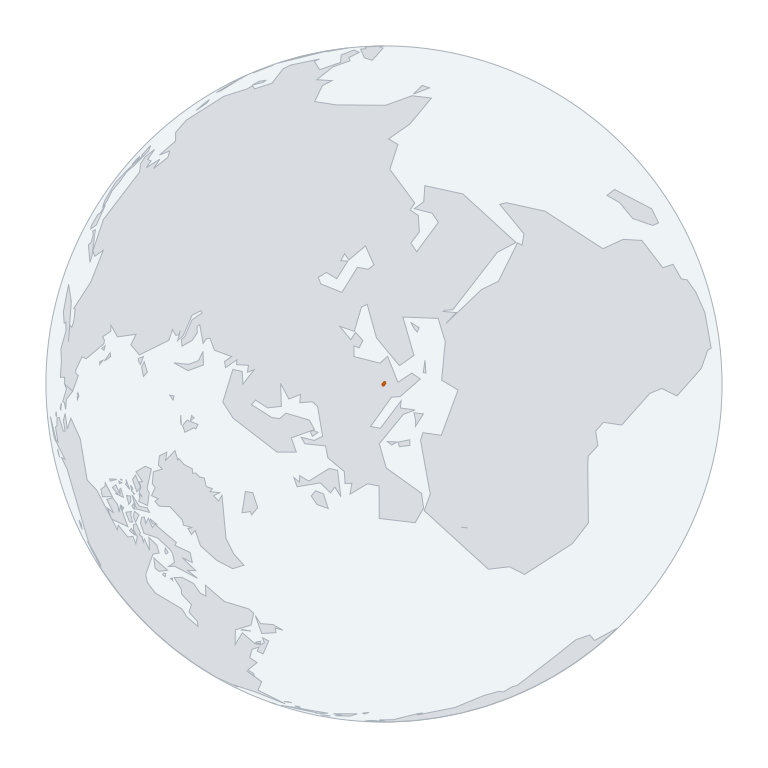 Pernik highlighted on a globe, orthographic projection, rotated 260°
{"feature_id": "BGR-2245", "entity_name": "Pernik", "entity_type": "Province", "adm_level": 1, "iso_a3": "BGR", "parent_name": "Bulgaria", "parent_adm1": "", "projection": "orthographic", "projection_center": [22.785, 42.63], "detail": "fine", "context": "on_globe", "style": "filled", "palette": "amber", "viewbox_px": 768, "rotation_deg": 260, "n_neighbors": 0, "source": "natural_earth", "source_scale": "10m", "svg_char_len": 11387}
<svg xmlns="http://www.w3.org/2000/svg" viewBox="0 0 768 768"><g transform="rotate(260 384 384)"><circle cx="384" cy="384" r="338" fill="#eef3f6" stroke="#a8b0b8"/><path d="M249.1,74.2L262.9,70.1L253.3,73.7L258.8,72.4L271.2,68.2L278.0,65.8L313.9,61.7L355.2,57.2L367.4,53.7L365.4,56.7L388.0,49.9L409.9,49.8L385.6,51.4L383.5,52.9L398.6,53.0L399.6,54.7L407.5,56.1L407.4,58.3L393.3,60.0L392.9,61.8L403.6,61.9L410.3,64.9L394.6,64.3L404.7,69.7L382.8,75.3L341.0,75.0L329.1,82.8L286.9,96.0L291.1,97.8L277.8,105.1L277.6,110.2L269.8,111.9L276.5,114.6L283.6,112.1L288.9,112.7L289.5,115.7L279.6,118.2L277.9,117.0L275.3,119.4L270.2,119.5L273.0,121.1L261.0,124.3L273.7,125.8L264.7,132.3L256.6,133.2L256.6,126.9L237.6,116.2L229.4,116.6L217.7,122.6L197.5,146.0L188.7,149.5L177.5,158.7L182.6,159.1L193.3,152.3L200.1,156.1L212.4,148.1L216.9,148.8L229.9,143.7L228.7,151.4L220.6,161.8L209.9,166.7L206.0,171.8L216.9,173.2L197.5,189.0L185.9,211.9L180.8,215.8L169.6,211.2L167.8,195.0L153.3,192.1L163.5,201.3L150.5,212.0L148.7,217.2L149.9,221.3L155.1,220.3L150.9,225.9L139.2,218.1L142.9,212.8L146.6,215.1L145.6,208.0L137.7,204.2L131.7,210.6L126.0,200.3L121.7,205.1L118.0,206.0L125.3,198.9L112.1,211.9L104.4,206.7L86.3,231.0L103.2,203.6L108.7,193.3L113.8,183.8L110.8,187.4L121.7,171.7L123.7,168.5L141.3,148.9L160.4,130.7L180.8,114.0L202.5,99.0L225.3,85.7L249.1,74.2ZM90.3,216.9L88.3,220.5L87.0,222.8L90.3,216.9ZM54.8,307.8L55.4,306.1L55.0,312.8L51.3,327.1L54.0,321.0L51.8,334.6L53.4,358.7L52.3,360.0L53.1,397.9L59.9,428.3L61.4,444.3L60.0,448.1L63.7,458.0L63.9,462.5L83.9,501.1L98.7,528.3L101.2,543.0L94.8,546.7L102.9,570.8L99.0,565.5L86.6,544.5L75.8,522.6L66.6,500.0L59.1,476.8L53.2,453.1L49.1,429.1L46.7,404.8L46.1,380.4L47.2,356.0L50.1,331.8L54.8,307.8ZM81.7,237.6L69.4,271.8L71.5,260.2L72.0,260.5L76.1,250.0L82.2,235.1L85.4,226.5L81.7,237.6ZM87.0,235.1L88.7,230.3L87.7,234.1L87.0,235.1ZM280.9,64.6L271.3,68.0L259.8,71.6L267.6,68.5L280.9,64.6ZM303.0,59.9L298.8,61.5L293.0,61.5L297.2,60.6L303.0,59.9ZM375.9,51.4L368.0,51.9L375.3,51.0L375.9,51.4ZM408.6,55.9L410.6,55.4L413.8,56.3L408.6,55.9ZM229.6,140.0L229.7,141.8L227.2,141.8L229.6,140.0ZM235.1,136.3L232.2,135.0L234.4,133.0L236.1,133.9L235.1,136.3ZM416.7,60.9L421.4,63.1L414.2,61.1L416.7,60.9ZM238.2,138.5L238.6,129.8L242.5,126.5L252.5,127.2L238.2,138.5ZM422.5,64.5L434.1,70.4L439.3,69.5L431.0,76.2L423.9,68.5L414.2,66.0L421.1,66.1L422.5,64.5ZM285.6,110.1L278.0,112.9L283.8,107.9L285.6,110.1ZM288.0,106.9L298.3,92.3L309.8,90.2L304.0,95.3L318.5,90.9L319.0,97.0L311.2,100.8L303.7,100.8L309.7,103.2L288.0,106.9ZM424.5,79.4L425.2,81.3L421.8,79.6L424.5,79.4ZM291.5,112.5L292.5,109.5L302.5,107.4L302.3,113.1L299.1,111.9L291.5,112.5ZM322.0,87.1L329.4,86.9L331.9,91.6L335.1,92.3L320.1,97.0L322.0,87.1ZM297.1,114.0L301.9,116.2L297.7,120.0L291.1,115.4L297.1,114.0ZM305.3,104.6L310.0,104.0L307.3,106.2L305.3,104.6ZM285.5,135.8L286.5,131.8L291.8,130.2L285.5,135.8ZM304.0,116.8L305.4,115.4L307.6,114.5L309.8,116.8L304.0,116.8ZM322.9,100.3L322.4,102.5L329.2,98.6L331.3,102.4L320.9,105.0L326.3,105.5L327.0,106.7L317.7,107.6L322.9,100.3ZM318.7,116.5L306.1,121.9L303.1,129.5L298.2,130.9L304.0,118.5L318.7,116.5ZM318.9,111.1L317.7,114.7L312.3,114.4L309.8,111.8L318.9,111.1ZM336.5,104.2L335.9,97.6L338.2,97.3L336.5,104.2ZM318.8,118.7L321.9,117.4L319.2,119.3L318.8,118.7ZM332.3,108.6L331.8,106.2L334.4,105.9L332.3,108.6ZM328.3,117.0L324.3,118.6L322.5,116.8L328.3,117.0ZM331.0,113.2L334.8,113.4L324.3,115.2L330.3,112.1L331.0,113.2ZM334.9,108.7L336.3,107.7L334.7,109.8L334.9,108.7ZM337.5,123.5L324.7,126.2L320.8,121.9L333.7,119.8L337.5,123.5ZM194.0,541.6L172.1,489.3L182.2,475.9L183.5,454.6L252.3,401.6L267.5,410.4L322.3,410.2L329.3,413.9L323.5,431.5L365.2,455.9L377.8,441.4L415.0,451.7L439.2,448.7L446.7,414.2L407.0,418.5L399.4,402.4L430.7,384.6L465.4,381.3L463.6,375.1L441.1,363.9L448.5,350.4L433.3,359.0L439.9,364.9L430.5,370.7L423.9,365.8L426.8,361.0L416.2,359.2L405.2,383.7L410.7,392.3L383.3,398.0L389.9,413.3L382.6,420.6L368.8,397.7L369.7,389.1L344.5,363.4L341.0,372.8L364.6,398.0L357.5,396.0L353.0,410.1L350.8,397.8L326.0,369.0L300.9,371.6L269.8,402.0L254.9,401.4L242.0,390.6L252.4,356.0L284.5,361.4L288.6,350.3L281.4,331.4L291.8,335.1L292.8,328.4L304.8,329.7L321.0,315.9L333.2,315.7L338.9,295.7L345.9,293.2L340.5,305.5L343.2,314.5L373.3,314.7L378.9,310.5L380.2,297.8L388.3,300.0L385.7,287.7L402.6,282.3L379.8,279.0L380.7,265.3L390.5,254.7L386.7,249.9L370.7,267.4L368.0,275.1L372.3,282.4L361.3,304.3L351.2,307.6L347.1,283.4L332.2,285.8L335.5,266.9L376.7,229.4L394.2,222.1L424.6,237.7L421.0,246.5L408.2,245.0L420.6,258.6L419.3,251.6L426.0,253.8L428.6,242.2L433.5,243.3L427.6,230.8L433.9,230.9L437.5,238.8L446.7,222.9L459.5,220.5L459.2,216.5L455.3,212.9L474.3,212.9L473.2,210.0L466.6,208.8L460.2,202.5L456.3,191.6L463.1,192.2L465.4,196.2L480.5,206.0L485.6,217.2L488.0,216.4L485.1,206.9L466.7,194.8L462.5,188.2L471.8,192.6L468.1,190.4L468.1,187.4L474.4,185.1L464.4,179.8L455.2,148.2L466.6,141.6L476.0,148.5L476.7,129.7L489.5,125.3L483.3,124.0L479.5,115.2L475.5,116.3L472.2,115.1L460.6,95.0L463.2,91.3L451.2,82.8L448.1,82.3L445.5,84.4L431.0,76.2L439.3,69.5L446.1,70.7L446.8,66.4L462.0,70.2L475.0,72.0L491.3,80.0L500.1,81.4L499.4,79.6L510.8,80.8L536.9,90.7L519.2,90.3L480.6,80.6L496.6,84.8L494.0,86.4L500.4,89.7L511.6,92.9L512.3,91.6L535.4,113.0L564.5,130.8L560.0,121.3L565.7,120.4L594.8,136.3L635.2,180.2L643.3,182.5L649.4,188.5L654.9,198.8L646.1,190.2L644.2,193.3L638.3,187.4L644.3,202.3L636.2,194.5L644.8,210.6L650.7,213.4L648.5,202.6L659.4,220.9L667.9,222.5L678.2,235.2L695.1,276.3L698.4,300.7L700.6,306.3L697.1,307.8L699.7,325.9L712.1,339.7L714.3,347.7L715.2,376.9L713.9,371.4L704.7,375.2L708.2,397.1L715.4,398.9L718.1,412.4L714.9,417.2L711.6,406.0L708.2,406.8L705.3,389.0L695.3,370.6L691.8,385.5L688.5,375.1L674.2,364.7L667.1,385.6L658.2,434.0L663.0,461.7L657.3,480.3L635.6,454.7L624.5,430.9L617.5,439.3L594.4,427.0L556.9,445.7L550.9,440.0L544.0,447.0L527.6,445.2L518.2,434.9L508.6,439.2L533.7,465.6L543.9,461.0L551.4,444.3L556.6,454.8L572.2,458.7L557.4,494.7L500.5,538.5L493.9,518.3L445.2,464.7L446.1,457.1L445.8,456.3L445.2,454.9L441.8,467.5L433.1,455.9L460.2,496.7L465.2,514.4L499.8,540.0L496.8,544.1L507.6,547.9L540.8,529.2L541.2,536.2L526.2,572.6L479.2,623.1L484.9,644.6L480.6,662.9L450.1,678.8L451.7,689.4L435.8,695.1L434.0,700.5L420.6,706.9L398.7,712.4L362.5,712.4L361.1,708.7L344.3,699.2L321.4,670.4L331.4,656.8L328.6,644.2L302.3,610.9L308.2,593.4L300.9,584.3L286.1,583.9L277.6,572.6L268.6,570.5L211.7,561.2L194.0,541.6ZM229.5,435.1L227.8,441.5L229.5,435.1ZM503.1,394.8L523.2,389.7L512.3,371.0L519.1,367.7L512.9,362.8L511.4,369.7L495.9,355.7L503.9,346.6L500.4,337.8L493.5,339.2L481.5,358.4L503.5,378.1L499.7,388.3L503.1,394.8ZM53.6,359.3L53.3,365.0L52.7,361.1L53.6,359.3ZM69.3,263.9L67.9,269.0L66.4,273.6L67.0,270.6L69.3,263.9ZM63.6,305.5L63.2,312.4L62.5,307.5L63.6,305.5ZM68.0,276.9L63.8,300.5L62.8,292.9L65.8,278.4L65.1,285.1L68.0,276.9ZM82.5,240.2L81.1,244.2L79.8,245.6L82.5,240.2ZM86.2,237.9L86.4,237.0L88.1,233.6L86.2,237.9ZM151.3,212.4L152.1,213.3L152.1,218.1L149.8,217.3L151.3,212.4ZM166.3,233.0L159.1,241.6L162.6,234.5L157.9,234.5L159.5,220.3L178.3,217.0L169.5,220.8L166.3,233.0ZM166.9,201.5L163.8,210.2L166.5,200.8L166.9,201.5ZM286.4,292.9L290.7,298.2L286.3,305.3L271.0,307.5L277.1,297.0L286.4,292.9ZM297.7,304.1L297.9,280.6L307.5,279.0L302.1,283.7L308.4,285.0L301.4,293.1L310.3,315.4L307.1,323.3L280.5,321.9L291.0,317.7L286.1,312.5L297.7,304.1ZM281.6,230.2L281.8,221.9L302.2,228.8L299.7,235.9L284.2,238.1L278.1,231.0L281.6,230.2ZM255.6,142.2L254.4,139.9L257.1,139.0L260.4,140.2L255.6,142.2ZM285.5,134.1L263.9,152.0L261.4,150.0L251.8,163.8L241.4,164.2L248.0,155.1L232.8,166.3L234.6,158.3L225.0,166.6L240.8,146.3L241.7,140.1L244.6,146.7L254.1,146.3L258.5,144.3L271.7,134.3L278.6,121.7L289.1,120.0L294.7,122.1L294.7,124.9L287.9,125.0L292.7,128.6L282.8,131.0L285.5,134.1ZM354.5,158.3L346.6,155.6L354.7,166.6L344.8,167.7L346.4,168.9L339.5,173.1L333.8,180.5L329.3,179.9L329.0,183.1L324.5,186.2L322.6,190.6L313.8,191.2L310.8,196.7L308.3,194.0L305.5,203.4L303.6,196.8L297.5,200.7L302.6,205.1L259.4,201.6L242.8,206.5L229.9,214.6L228.4,203.0L239.4,188.6L256.5,175.2L272.7,172.6L269.1,168.3L275.8,165.9L275.8,170.3L279.7,162.2L285.3,161.6L300.4,151.9L302.6,141.5L308.2,138.0L310.1,141.8L314.4,135.7L321.8,140.7L326.0,138.5L337.5,141.6L338.8,150.8L343.4,147.7L352.3,150.4L354.5,158.3ZM340.6,124.5L344.4,134.5L340.8,140.2L322.3,132.5L317.5,133.9L305.4,130.0L310.9,122.0L313.8,123.7L317.9,123.7L314.6,126.2L320.3,124.1L324.5,126.7L330.1,125.9L329.8,129.2L340.6,124.5ZM336.9,407.7L342.2,408.8L350.4,408.5L347.7,417.7L336.9,407.7ZM319.6,388.3L324.3,387.6L324.6,399.7L319.0,398.8L319.6,388.3ZM326.8,377.2L324.6,386.6L322.5,381.0L326.8,377.2ZM344.9,304.4L349.9,303.1L350.5,306.1L347.9,310.5L344.9,304.4ZM376.4,193.9L372.4,190.8L373.9,189.2L371.0,179.6L378.1,178.5L382.6,183.8L376.4,193.9ZM440.1,421.0L433.3,428.4L429.5,425.7L432.6,423.7L440.1,421.0ZM388.4,424.7L400.3,428.5L387.5,427.2L388.4,424.7ZM383.6,191.1L381.6,187.1L386.4,189.1L383.6,191.1ZM383.1,177.2L388.7,178.5L378.6,177.2L383.1,177.2ZM535.5,644.8L510.1,678.0L495.0,682.4L493.5,676.1L503.8,657.7L521.8,647.5L531.0,636.3L535.5,644.8ZM717.1,440.9L716.7,443.0L717.8,436.2L718.4,432.3L717.1,440.9ZM717.7,437.0L714.9,441.3L704.8,428.7L708.6,421.4L717.8,419.1L717.4,424.3L719.1,423.8L717.7,437.0ZM721.2,406.6L721.2,397.5L721.2,387.7L721.6,382.4L718.5,336.8L718.5,335.8L721.0,359.3L721.9,383.0L721.2,406.6ZM664.4,463.2L671.4,473.6L667.7,480.2L664.4,463.2ZM713.8,311.4L717.3,330.5L713.0,308.7L713.8,311.4ZM709.2,293.8L710.7,298.5L709.8,296.9L709.2,293.8ZM703.8,313.6L703.6,320.7L702.0,317.2L701.2,306.1L703.8,313.6ZM686.0,246.4L692.2,256.9L694.4,261.6L691.2,257.9L686.0,246.4ZM441.3,180.8L437.3,194.9L439.2,205.4L447.6,211.4L434.1,209.5L431.2,193.3L441.3,180.8ZM452.8,151.9L445.4,147.5L449.6,146.0L451.9,146.8L452.8,151.9ZM447.6,151.7L436.7,153.0L433.2,148.4L442.5,148.2L447.6,151.7ZM410.3,171.1L408.6,175.2L404.8,173.4L410.3,171.1ZM712.0,302.9L710.5,297.4L709.7,293.9L712.0,302.9ZM706.4,285.6L707.5,286.3L709.0,294.1L701.4,275.1L700.1,269.5L706.4,285.6ZM650.8,183.1L646.8,179.5L643.6,173.9L647.2,177.9L650.8,183.1ZM629.2,154.6L641.4,171.4L650.5,186.0L651.2,185.0L659.5,195.6L654.6,192.8L643.0,176.6L637.4,167.1L629.7,159.5L621.3,149.6L612.5,143.1L606.7,137.5L612.9,140.7L629.2,154.6ZM608.9,140.8L590.6,128.4L587.6,122.1L590.9,123.4L600.6,131.6L601.6,134.3L608.9,140.8ZM585.3,123.7L586.1,126.5L560.8,118.6L554.7,115.5L572.4,117.1L574.1,120.0L580.8,123.4L585.3,123.7ZM428.6,81.1L425.5,81.3L427.0,79.9L428.6,81.1ZM470.1,116.0L465.9,114.1L467.8,112.1L470.1,116.0ZM455.5,108.0L456.2,111.5L452.6,107.5L455.5,108.0ZM458.5,119.6L455.2,112.7L462.4,119.7L458.5,119.6Z" fill="#d9dde1" stroke="#a8b0b8" stroke-width="1"/><path d="M383.5,382.6L383.8,382.5L383.8,382.4L383.9,382.5L384.0,382.6L384.1,382.8L384.3,382.7L384.3,382.9L384.5,382.9L384.6,383.0L384.8,383.1L385.0,383.2L385.1,383.3L385.2,383.5L385.3,383.6L385.5,383.8L385.7,384.0L385.8,384.3L386.1,384.5L386.0,384.8L385.9,385.1L386.0,385.3L385.9,385.4L385.9,385.5L385.6,385.5L385.5,385.4L385.4,385.3L385.3,385.5L385.2,385.5L384.9,385.4L384.6,385.4L384.4,385.6L384.2,385.5L384.1,385.4L383.9,385.2L383.7,384.9L383.7,384.7L383.4,384.6L383.4,384.4L383.3,384.2L383.2,384.1L382.9,384.0L382.7,384.0L382.5,383.9L382.5,383.7L382.7,383.4L382.6,383.2L382.4,382.9L382.5,382.9L382.7,382.7L382.8,382.6L383.0,382.6L383.5,382.6Z" fill="#f59e0b" stroke="#b45309" stroke-width="1.5"/></g></svg>